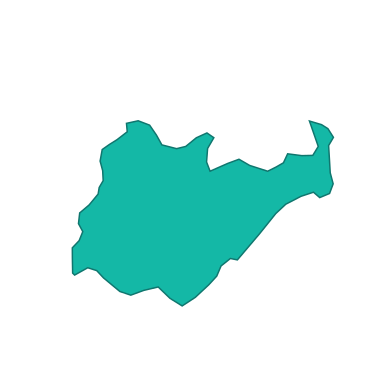 Seocheon-gun, South Chungcheong, South Korea (Mercator projection), rotated 137°
{"feature_id": "91817680B6691327376510", "entity_name": "Seocheon-gun", "entity_type": "district", "adm_level": 2, "iso_a3": "KOR", "parent_name": "South Korea", "parent_adm1": "South Chungcheong", "projection": "mercator", "projection_center": [126.683, 36.089], "detail": "fine", "context": "isolated", "style": "filled", "palette": "teal", "viewbox_px": 384, "rotation_deg": 137, "n_neighbors": 0, "source": "geoboundaries", "source_scale": "gbopen_adm2", "svg_char_len": 1021}
<svg xmlns="http://www.w3.org/2000/svg" viewBox="0 0 384 384"><g transform="rotate(137 192 192)"><path d="M205.1,111.4L171.0,115.4L145.4,119.1L131.7,119.1L115.2,114.5L103.3,109.0L102.4,100.8L92.4,97.1L83.2,101.7L77.8,111.8L69.5,121.8L60.4,132.8L51.3,135.5L49.4,145.6L51.3,152.9L57.7,163.8L68.6,139.2L78.7,136.4L86.9,143.7L96.0,154.7L105.2,151.0L113.4,152.9L122.5,155.6L131.7,172.1L135.3,183.9L146.3,188.5L164.6,194.9L160.9,204.0L150.9,213.2L139.0,216.8L140.8,225.0L151.8,228.7L165.5,229.6L173.7,234.2L181.9,247.0L179.2,257.9L177.4,269.8L182.8,280.8L193.1,286.9L198.3,280.2L211.2,281.4L220.0,283.1L228.7,284.3L238.1,277.3L242.8,268.5L249.2,260.9L256.8,258.6L262.1,254.5L276.1,252.7L288.4,253.3L296.6,246.3L298.9,237.5L307.7,233.4L317.6,232.8L324.6,225.2L334.6,214.1L334.5,211.3L319.9,207.7L315.3,199.5L315.3,189.4L312.6,168.4L307.1,158.3L294.3,152.9L281.5,145.6L280.6,129.1L276.9,115.4L261.4,112.7L243.1,112.7L231.3,113.6L221.2,118.1L209.3,117.2L205.1,111.4Z" fill="#14b8a6" stroke="#0f766e" stroke-width="1.5"/></g></svg>